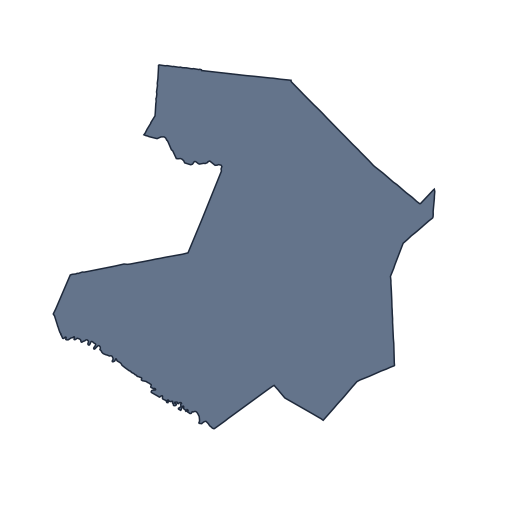 outline of San Pedro Carchá, Alta Verapaz, Guatemala, rotated 201°
{"feature_id": "79465075B56532928318150", "entity_name": "San Pedro Carchá", "entity_type": "district", "adm_level": 2, "iso_a3": "GTM", "parent_name": "Guatemala", "parent_adm1": "Alta Verapaz", "projection": "robinson", "projection_center": [-90.098, 15.577], "detail": "fine", "context": "isolated", "style": "filled", "palette": "slate", "viewbox_px": 512, "rotation_deg": 201, "n_neighbors": 0, "source": "geoboundaries", "source_scale": "gbopen_adm2", "svg_char_len": 6002}
<svg xmlns="http://www.w3.org/2000/svg" viewBox="0 0 512 512"><g transform="rotate(201 256 256)"><path d="M424.5,129.2L423.3,128.3L422.9,128.2L417.0,120.8L416.0,119.4L415.6,119.1L413.2,116.1L411.5,114.2L410.1,113.3L410.1,112.7L409.3,112.2L407.6,110.5L407.0,109.9L406.4,109.9L405.8,110.3L405.6,110.7L405.1,111.8L404.5,112.1L404.0,111.8L403.9,111.4L403.9,110.7L403.7,110.0L403.1,109.8L401.6,110.3L401.2,110.5L399.4,113.1L398.7,113.6L398.1,113.9L397.7,114.4L397.1,115.3L396.6,115.4L396.3,114.9L396.1,113.1L395.6,112.8L395.0,113.0L394.6,113.5L394.3,113.8L393.9,114.6L393.3,115.2L391.3,115.3L390.4,115.1L389.9,114.9L389.4,114.5L389.0,113.8L388.6,113.2L388.0,113.0L387.5,113.3L386.8,114.3L385.7,115.2L385.4,115.5L384.8,116.5L384.3,117.0L383.6,117.1L383.1,117.1L382.0,116.4L381.6,115.9L381.6,114.6L381.5,113.8L381.2,113.3L380.8,113.0L380.2,112.9L379.6,113.3L379.5,114.0L379.4,114.8L379.4,116.4L379.2,116.9L378.9,117.3L378.5,117.4L378.1,117.4L377.7,117.3L375.8,116.6L374.7,116.5L374.2,116.3L373.9,115.8L373.9,115.0L374.1,114.0L374.5,112.6L374.5,111.7L374.0,111.1L373.4,111.2L373.1,111.6L372.2,113.8L371.4,115.4L371.1,115.8L370.6,116.0L370.1,116.0L369.5,115.7L368.8,115.2L368.4,114.5L368.2,113.8L368.2,112.7L367.6,112.4L367.0,112.3L366.4,111.8L365.5,111.0L365.2,110.8L364.1,110.3L363.5,110.1L360.8,110.0L359.3,110.2L358.9,110.2L357.7,110.1L357.1,110.1L356.6,110.3L356.2,110.7L355.6,110.9L355.0,110.9L354.6,110.8L354.3,110.7L352.7,109.1L352.4,108.3L352.5,107.5L352.6,106.7L352.6,106.3L352.2,105.9L351.7,105.9L351.2,106.3L350.3,107.3L350.2,108.1L350.0,109.7L349.5,109.8L349.0,109.3L348.6,108.8L348.0,108.3L344.6,107.7L343.5,107.3L342.2,106.2L341.8,105.9L338.3,104.8L333.1,103.4L332.0,103.5L331.3,103.3L331.0,102.9L330.4,102.7L327.9,102.5L327.4,102.3L327.0,102.1L326.5,101.9L325.5,101.9L325.0,101.7L323.8,101.1L323.3,101.1L322.0,101.3L320.4,101.2L319.6,101.3L319.2,101.2L318.9,101.0L318.8,99.8L318.6,99.2L318.0,99.0L317.1,98.9L316.1,99.1L315.0,99.3L313.2,99.5L312.3,99.1L310.4,99.0L309.4,98.7L307.8,98.4L307.5,97.8L307.5,96.7L307.3,95.9L306.7,95.6L304.3,95.5L303.3,96.0L302.7,96.0L302.2,95.8L301.9,95.5L301.9,95.0L302.3,94.7L303.8,94.0L304.8,93.4L305.1,93.0L305.2,92.4L305.2,91.7L305.0,91.3L304.6,91.1L304.1,91.0L296.9,89.9L296.2,89.7L295.4,89.7L294.6,91.0L294.1,91.6L293.6,91.9L293.1,91.7L292.7,90.9L292.6,90.2L292.4,89.7L292.1,89.3L291.7,89.1L291.0,89.0L288.4,88.8L288.0,88.7L287.6,88.1L287.2,87.7L286.8,87.3L286.2,87.3L285.6,87.6L285.7,88.2L286.6,89.3L286.9,89.7L286.5,90.1L285.8,89.9L285.3,89.5L284.8,89.3L283.7,89.4L283.0,89.8L282.4,90.3L281.8,90.4L281.6,90.0L281.4,89.3L281.1,88.7L280.6,88.6L280.2,88.2L279.8,87.3L279.2,86.9L278.5,87.0L278.1,87.2L277.6,87.5L277.3,87.8L277.1,88.7L277.2,89.3L277.9,89.4L278.5,89.5L279.3,89.6L279.5,90.0L279.3,90.5L277.4,91.3L277.0,91.1L276.2,90.4L275.6,90.3L275.0,91.4L274.7,91.8L274.4,92.0L273.6,92.2L273.1,92.1L272.7,91.6L273.1,91.2L273.3,90.6L273.1,90.2L272.6,89.6L272.1,88.5L273.2,86.8L273.8,86.1L273.7,85.5L273.2,85.2L271.7,85.0L271.0,84.9L270.8,85.5L270.6,89.3L270.2,89.8L269.6,89.6L269.3,88.9L269.1,88.1L268.8,87.6L268.3,87.3L267.5,87.1L266.8,87.0L266.5,86.6L266.2,86.1L265.8,85.9L265.5,86.3L265.5,87.0L265.4,87.9L265.0,88.0L264.6,87.9L264.0,87.4L264.4,86.1L263.9,85.8L263.3,85.9L262.7,85.7L262.2,85.5L261.8,85.3L261.1,85.3L260.6,85.5L260.2,85.8L260.0,86.2L259.7,87.8L259.2,87.8L258.7,87.9L258.3,88.3L257.7,88.8L257.1,89.1L256.4,89.2L255.8,89.1L255.2,88.9L253.8,87.9L251.5,85.8L250.5,83.8L249.7,82.1L249.5,81.1L249.6,80.0L249.4,79.6L249.0,79.4L246.6,80.0L246.1,81.1L245.1,82.6L244.0,83.5L243.3,83.7L240.5,82.4L238.4,80.9L236.5,80.3L235.2,79.7L233.8,79.6L233.0,79.9L226.5,89.8L225.4,91.5L224.0,94.0L220.8,98.9L197.0,135.7L194.1,140.0L192.7,141.7L190.1,140.3L186.9,138.7L185.8,138.0L178.2,133.8L146.3,128.9L139.0,127.7L137.4,127.5L134.4,126.7L128.5,142.5L127.3,146.1L125.8,150.0L124.7,152.7L123.5,155.9L119.1,168.6L118.3,170.6L116.8,174.8L114.6,177.4L113.2,178.7L107.0,184.4L97.9,193.5L93.8,197.1L90.9,200.1L87.6,203.1L87.5,203.6L88.6,205.8L96.1,223.9L98.2,228.2L103.8,241.0L104.6,242.7L106.0,246.4L108.3,251.4L109.3,253.9L110.8,257.1L113.1,262.7L117.1,271.9L120.3,278.9L121.2,281.3L123.2,285.2L123.0,293.8L123.2,297.5L123.2,320.0L123.1,320.9L122.5,321.9L120.5,325.7L118.2,330.6L114.6,336.7L107.4,350.4L105.1,354.2L104.7,355.0L104.8,356.2L105.4,358.2L106.6,361.1L110.1,373.6L110.8,375.5L112.2,380.3L113.5,382.3L114.1,381.2L121.2,363.9L121.9,363.5L125.5,364.5L131.0,366.7L138.5,368.9L150.2,373.2L154.0,374.1L167.1,378.9L177.3,382.0L179.1,382.7L185.0,385.6L196.2,390.6L198.3,391.7L206.0,395.0L215.9,399.6L221.8,402.2L238.7,410.0L246.2,413.6L252.1,416.2L256.0,417.8L270.4,424.3L273.3,425.7L280.3,428.9L284.9,431.0L286.0,431.8L286.2,432.6L288.6,432.0L296.6,429.8L303.5,428.2L306.7,427.2L322.2,423.1L329.5,421.0L372.3,409.9L373.0,409.6L373.7,410.3L375.4,410.2L376.1,409.6L381.7,408.5L382.4,408.0L383.7,407.6L388.2,406.8L392.0,405.5L394.6,405.2L395.3,404.6L401.1,403.4L401.6,403.0L407.2,401.9L408.7,401.1L414.9,399.7L415.3,399.0L415.2,398.5L414.9,398.0L411.1,386.3L410.1,381.9L409.0,379.6L407.7,373.6L406.6,371.6L405.8,368.4L405.8,367.0L404.6,364.5L404.1,362.2L401.4,353.7L400.5,350.6L402.0,342.8L401.8,342.3L403.1,335.4L403.5,331.1L404.1,329.0L401.5,328.9L401.2,329.2L398.6,329.1L390.4,330.1L387.4,333.1L384.8,334.2L383.9,334.2L382.5,333.7L380.8,332.1L380.3,332.1L378.8,330.8L373.1,324.9L371.4,324.3L365.3,318.4L363.7,318.8L361.5,319.9L359.9,319.9L357.6,319.0L356.0,317.4L350.7,317.7L349.6,317.8L348.2,319.0L347.5,321.8L346.9,322.4L345.6,322.4L342.8,321.5L341.6,321.6L340.7,322.2L338.0,323.8L336.6,324.1L334.9,325.7L334.6,326.3L334.6,326.9L333.2,328.1L326.7,326.0L324.8,326.9L323.7,327.9L321.2,328.3L319.9,327.3L319.8,324.7L318.7,322.9L319.6,269.8L320.6,234.6L325.3,231.3L339.1,223.0L341.5,221.5L344.4,219.6L348.5,217.2L352.6,214.5L360.3,209.7L363.2,208.0L370.4,203.5L373.1,202.1L376.4,201.2L383.7,196.3L410.7,179.3L412.4,178.8L415.7,176.0L416.7,175.8L417.9,174.6L421.1,173.0L422.6,171.7L424.0,134.9L424.5,129.2Z" fill="#64748b" stroke="#1e293b" stroke-width="1.5"/></g></svg>